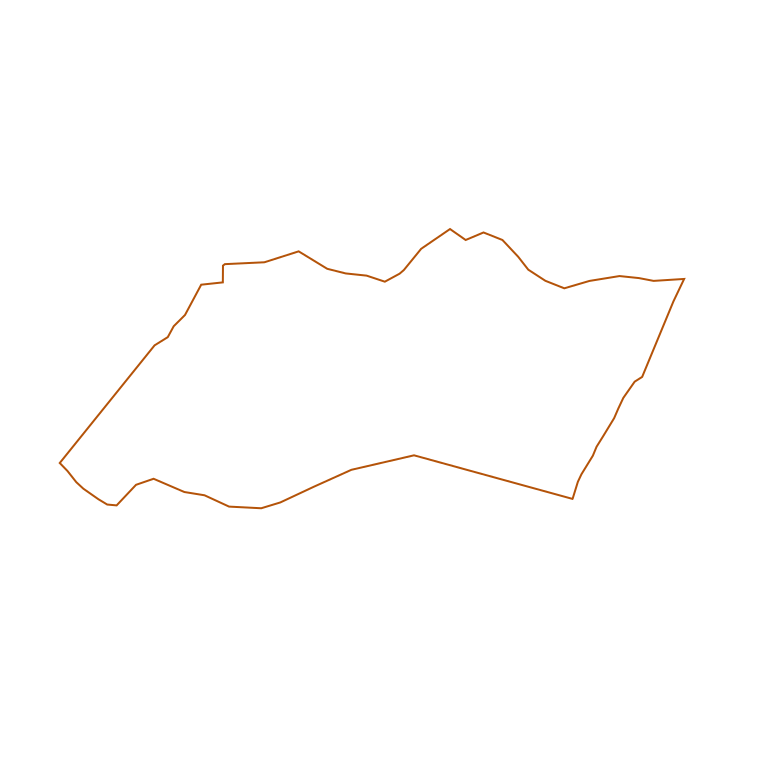 Dalat, Sarawak, Malaysia, rotated 125°
{"feature_id": "92858781B41279548929635", "entity_name": "Dalat", "entity_type": "district", "adm_level": 2, "iso_a3": "MYS", "parent_name": "Malaysia", "parent_adm1": "Sarawak", "projection": "albers", "projection_center": [111.988, 2.703], "detail": "fine", "context": "isolated", "style": "outline", "palette": "amber", "viewbox_px": 768, "rotation_deg": 125, "n_neighbors": 0, "source": "geoboundaries", "source_scale": "gbopen_adm2", "svg_char_len": 934}
<svg xmlns="http://www.w3.org/2000/svg" viewBox="0 0 768 768"><g transform="rotate(125 384 384)"><path d="M379.4,583.8L393.2,574.3L407.5,590.7L441.6,586.6L457.3,589.4L469.6,588.0L483.9,594.1L634.7,604.3L636.8,593.4L640.9,579.8L642.2,570.2L642.2,561.4L642.2,551.8L641.5,541.6L636.8,533.4L608.8,529.3L593.8,518.4L587.0,485.6L578.1,467.2L573.3,440.6L556.2,413.3L540.5,401.0L508.5,382.6L473.0,361.5L425.2,318.5L370.0,163.7L369.7,163.7L352.9,169.1L344.7,170.5L322.9,171.8L313.4,173.9L301.8,174.5L290.8,175.2L279.9,175.9L269.7,178.0L258.1,180.0L246.5,180.0L238.3,180.0L230.1,176.6L150.3,194.3L125.8,198.4L144.9,222.3L151.0,235.9L160.5,253.0L181.7,274.8L202.2,291.2L206.9,311.0L207.6,331.4L202.8,347.1L198.1,369.6L202.8,389.4L219.2,399.7L219.2,418.8L251.9,431.1L279.2,433.1L284.7,434.5L299.7,442.0L305.2,460.4L315.4,478.8L322.2,496.6L324.3,530.0L352.9,551.8L377.1,583.1L379.4,583.8Z" fill="none" stroke="#b45309" stroke-width="2"/></g></svg>